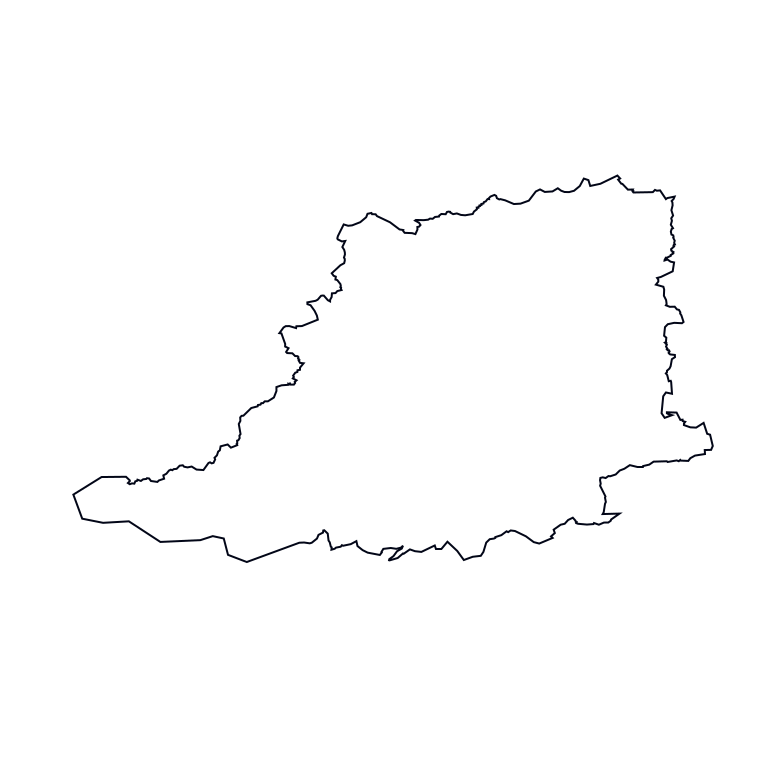 Tuam Lea-7, Galway, Ireland (Robinson projection), rotated 354°
{"feature_id": "5873133B37999422461820", "entity_name": "Tuam Lea-7", "entity_type": "district", "adm_level": 2, "iso_a3": "IRL", "parent_name": "Ireland", "parent_adm1": "Galway", "projection": "robinson", "projection_center": [-8.881, 53.529], "detail": "fine", "context": "isolated", "style": "outline", "palette": "ink", "viewbox_px": 768, "rotation_deg": 354, "n_neighbors": 0, "source": "geoboundaries", "source_scale": "gbopen_adm2", "svg_char_len": 6162}
<svg xmlns="http://www.w3.org/2000/svg" viewBox="0 0 768 768"><g transform="rotate(354 384 384)"><path d="M657.9,491.2L667.1,490.6L669.1,491.6L670.7,490.5L671.1,491.2L678.6,492.3L680.9,489.8L685.8,487.7L695.9,487.2L696.1,483.2L702.4,483.7L704.5,480.0L703.0,468.5L700.2,467.3L697.8,456.1L689.9,460.0L684.1,459.1L678.0,456.2L678.2,454.6L679.6,453.1L677.2,452.1L677.2,450.7L675.0,450.7L672.0,443.0L662.4,441.7L662.3,442.7L663.6,443.6L667.2,445.1L659.6,447.0L657.0,442.1L660.4,425.4L663.5,421.9L669.4,423.8L669.8,412.1L669.5,410.8L667.5,411.0L666.6,404.7L665.4,402.9L666.6,402.0L666.8,400.4L669.5,398.5L670.9,396.3L672.9,389.4L676.2,387.7L676.3,385.5L671.7,384.5L670.7,383.5L670.3,382.8L671.4,381.6L671.1,380.4L669.7,380.2L668.9,379.0L669.6,378.6L668.4,376.3L669.4,374.5L668.4,373.3L669.0,372.8L667.9,372.1L668.8,371.7L669.6,367.4L667.6,365.3L669.4,356.8L672.5,354.2L679.0,353.5L686.7,354.7L688.4,353.6L686.9,346.7L685.9,344.9L686.2,343.7L685.1,341.1L683.1,340.4L681.2,337.5L676.3,337.1L672.6,335.2L673.4,334.2L673.4,332.0L673.3,329.9L671.6,325.5L672.5,319.3L672.0,316.5L664.8,313.6L667.5,310.9L667.7,308.9L666.7,307.1L670.5,306.5L682.9,302.1L685.2,293.4L681.8,292.3L678.9,289.8L675.9,290.5L676.0,290.0L677.5,287.8L678.5,288.0L682.6,286.5L682.6,285.7L685.3,284.4L684.9,283.5L685.6,283.0L683.7,281.4L683.6,279.9L686.8,277.6L686.3,276.9L686.7,276.0L687.9,275.7L687.3,274.1L688.1,271.9L686.9,268.7L687.4,268.1L687.2,266.4L685.5,265.4L685.2,262.4L686.3,259.9L687.7,259.3L685.9,255.6L687.4,251.8L687.0,249.2L689.1,246.7L688.0,241.2L689.7,236.5L689.8,233.5L689.2,232.1L691.4,230.2L692.6,228.0L685.2,228.7L683.7,229.6L678.8,220.3L675.6,220.3L673.8,219.3L671.4,221.3L652.1,219.6L651.4,218.5L652.0,218.0L651.3,217.4L651.8,216.6L646.9,216.2L642.0,209.9L640.9,209.6L638.2,205.2L640.3,204.3L637.9,201.1L620.1,207.5L609.8,208.6L608.6,202.6L604.2,200.6L599.4,207.6L593.2,211.7L588.1,212.5L583.6,211.9L580.4,210.3L577.3,207.5L571.7,210.1L564.0,209.8L559.5,206.8L555.1,208.4L547.2,216.8L538.6,218.9L532.0,218.6L523.7,214.0L519.1,212.3L517.9,212.5L515.7,211.0L515.2,208.6L513.6,207.5L509.5,208.7L507.7,210.2L507.8,211.1L506.3,210.9L504.3,213.0L502.3,213.6L501.8,214.9L499.7,215.1L499.7,216.1L497.8,216.4L498.0,217.1L496.5,217.5L496.3,218.6L494.7,218.3L494.6,220.0L491.5,221.9L490.0,224.2L482.4,224.7L478.2,223.9L474.3,222.0L470.5,222.3L467.8,220.4L467.8,219.7L466.2,219.3L464.6,219.5L463.1,221.6L458.8,220.9L456.5,222.3L456.2,223.2L452.2,223.2L449.7,224.8L447.0,224.3L445.1,225.2L440.6,225.2L432.9,224.2L432.0,224.7L435.7,227.3L436.9,229.7L435.3,231.2L433.6,231.3L433.4,233.9L430.9,238.2L427.7,236.9L420.3,235.8L419.0,233.7L419.3,232.9L415.6,231.9L406.9,223.8L394.6,216.3L393.4,214.3L389.9,213.9L389.4,212.6L385.4,213.0L383.7,216.3L377.3,220.6L368.9,222.9L364.9,222.9L360.6,221.1L353.6,232.1L352.8,234.2L353.1,235.3L357.0,237.8L360.4,237.7L356.9,243.4L358.4,246.4L358.8,249.0L358.7,251.1L357.4,254.1L358.0,255.4L357.9,257.2L357.0,259.7L353.1,261.3L343.6,268.4L345.2,271.1L347.3,272.2L346.6,275.0L348.4,275.8L351.1,280.1L351.3,282.0L350.7,283.1L351.4,283.7L351.1,284.9L351.6,286.1L347.3,286.7L345.3,288.5L341.7,288.4L341.0,292.1L339.2,294.6L339.0,296.2L336.9,294.8L333.4,289.8L332.0,289.6L330.6,289.7L326.9,293.2L324.7,294.1L316.3,294.8L316.2,296.6L319.2,298.0L322.6,304.0L324.4,308.9L324.9,313.1L308.4,317.8L302.9,317.4L302.4,319.2L295.9,316.5L292.3,316.2L290.0,317.3L285.3,322.5L287.3,323.0L289.9,333.8L289.6,336.4L292.8,338.4L290.0,341.9L290.9,343.1L296.1,343.9L298.5,346.9L301.0,347.3L301.7,348.3L301.2,349.4L301.8,350.1L301.5,351.0L302.3,351.4L301.8,352.2L302.7,354.2L306.2,355.0L302.2,358.9L301.9,361.1L299.4,361.3L299.1,363.0L296.9,363.5L294.5,366.2L295.1,367.6L293.9,368.9L297.4,371.2L295.4,372.6L295.7,373.7L294.3,375.2L291.0,374.8L290.5,373.7L289.6,374.5L288.8,373.8L288.5,374.8L282.0,374.6L276.7,375.8L276.3,379.7L273.1,385.9L266.7,389.1L263.5,388.8L261.7,390.4L260.0,390.2L259.0,391.6L256.5,391.7L256.0,393.0L249.5,394.0L240.9,400.8L239.0,400.8L237.5,402.2L237.3,405.7L235.4,408.6L236.1,418.8L234.8,420.3L234.8,422.7L233.3,424.7L232.0,425.0L231.8,428.0L231.2,428.3L231.6,429.5L225.1,431.3L222.2,427.8L215.0,428.9L213.8,432.8L212.0,433.9L210.4,437.5L207.7,439.7L208.2,441.3L206.2,444.6L204.3,444.9L202.8,443.7L201.2,444.2L195.4,450.7L188.6,449.5L184.1,446.0L179.9,446.4L176.6,445.4L175.4,443.8L172.2,443.9L168.9,446.7L165.9,446.7L164.5,447.6L163.0,446.9L161.1,447.6L158.2,450.5L155.0,451.8L155.4,455.2L150.0,456.4L148.4,457.7L142.1,456.1L140.5,453.4L138.4,452.9L137.6,453.6L134.5,453.6L132.1,455.0L128.8,453.4L128.3,454.5L126.5,454.8L125.3,457.0L123.0,456.5L120.7,457.1L119.0,455.7L121.0,454.1L121.1,453.3L117.7,449.3L93.4,447.0L63.5,461.5L69.8,486.4L90.1,492.7L115.9,493.9L145.1,517.7L185.0,520.1L197.8,517.4L208.5,520.9L211.0,537.6L228.9,546.7L283.2,533.0L288.0,533.3L293.5,534.7L295.6,534.3L301.2,530.7L303.1,527.2L307.8,525.4L308.3,523.3L309.3,523.2L312.4,526.9L312.5,533.9L313.5,535.8L314.1,540.2L314.9,541.0L314.4,543.3L317.7,542.7L319.2,541.7L323.9,541.3L325.3,539.9L326.3,540.6L334.2,539.8L340.1,537.4L340.7,542.4L345.4,547.0L350.1,550.0L362.0,553.6L364.2,551.3L363.9,550.8L366.1,547.9L373.6,547.8L379.0,549.2L383.8,548.5L386.0,546.8L384.5,549.5L379.5,551.7L375.4,556.2L371.0,558.7L370.6,559.8L371.1,560.0L379.4,558.5L385.2,554.5L385.8,554.9L392.5,551.2L397.3,553.5L403.6,554.9L417.6,549.9L418.4,553.5L423.8,554.1L430.6,547.5L439.4,557.7L445.0,567.4L454.2,565.1L462.3,565.0L465.3,561.4L469.1,552.4L472.9,549.4L477.2,549.2L478.6,548.7L478.7,547.9L484.9,546.6L490.5,543.3L492.0,544.3L494.7,542.9L498.9,543.9L509.2,550.3L516.4,556.9L521.7,558.9L535.6,554.7L534.2,553.0L538.3,550.1L537.5,546.6L545.0,542.4L549.1,541.9L552.9,538.5L557.8,536.7L560.2,540.0L560.3,541.2L561.2,541.5L560.7,542.5L562.4,543.3L571.1,545.0L577.7,545.2L578.3,544.2L583.0,546.4L588.2,544.8L592.6,545.2L595.2,543.7L595.7,542.5L604.7,537.5L587.9,536.2L589.1,534.5L591.3,526.2L592.3,524.5L591.9,520.1L592.5,519.0L588.3,507.8L589.1,505.7L588.8,502.2L589.4,500.0L591.8,499.7L594.6,500.7L597.6,499.0L599.3,499.4L605.0,498.2L609.4,494.7L614.2,493.4L620.0,490.4L627.3,493.0L632.8,493.6L633.1,492.7L639.4,491.9L644.0,489.4L657.2,490.4L657.9,491.2Z" fill="none" stroke="#020617" stroke-width="2"/></g></svg>